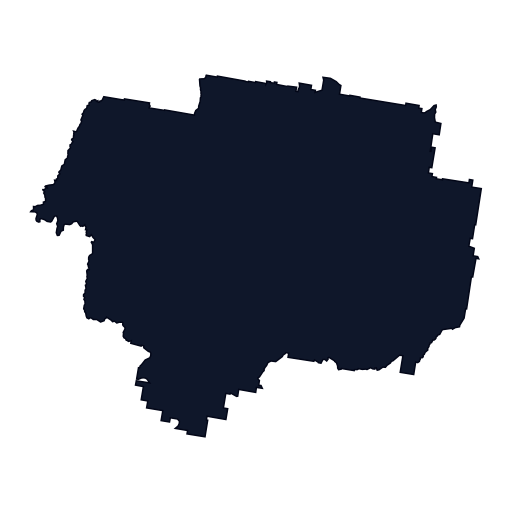 the district of Blayney, New South Wales, Australia
{"feature_id": "25037944B69063028114827", "entity_name": "Blayney", "entity_type": "district", "adm_level": 2, "iso_a3": "AUS", "parent_name": "Australia", "parent_adm1": "New South Wales", "projection": "robinson", "projection_center": [148.985, -33.617], "detail": "fine", "context": "isolated", "style": "filled", "palette": "ink", "viewbox_px": 512, "rotation_deg": 0, "n_neighbors": 0, "source": "geoboundaries", "source_scale": "gbopen_adm2", "svg_char_len": 5883}
<svg xmlns="http://www.w3.org/2000/svg" viewBox="0 0 512 512"><path d="M436.1,105.0L434.0,105.6L430.3,109.6L426.2,111.7L425.4,112.7L423.6,112.9L421.3,112.5L421.9,108.6L418.7,108.1L419.1,105.5L406.0,103.2L405.6,105.5L359.9,98.0L360.0,97.1L352.7,95.8L349.9,95.3L349.8,96.0L339.5,94.2L340.9,85.5L339.0,84.4L336.2,81.6L330.4,78.3L323.0,77.3L323.7,80.1L322.0,90.2L315.0,92.4L315.4,90.3L310.8,89.5L311.5,85.3L299.2,83.1L299.6,86.0L299.4,87.4L298.4,89.1L297.9,91.7L295.8,91.3L296.6,87.2L287.8,86.1L286.6,86.4L276.5,84.4L276.9,82.4L274.4,82.0L274.2,83.2L270.2,82.6L270.4,81.7L266.6,81.1L266.8,82.8L265.9,84.2L265.9,83.5L255.6,81.6L255.4,82.6L248.6,81.3L248.5,82.0L245.2,81.5L245.1,81.1L217.4,76.1L217.2,77.1L206.3,75.2L205.9,76.1L205.9,77.3L204.1,78.8L200.8,78.9L200.0,79.3L200.2,78.5L199.5,79.4L200.0,86.0L200.6,87.9L200.5,89.6L201.1,91.8L200.9,93.2L201.3,93.9L201.0,95.5L201.3,96.2L200.4,97.9L200.2,101.4L198.7,106.1L198.6,108.3L195.8,110.5L194.6,113.3L194.4,115.1L164.6,109.9L164.5,110.4L149.1,107.9L149.4,106.7L150.1,106.1L149.2,104.3L149.5,102.9L124.5,98.9L124.4,100.0L121.7,99.7L103.8,96.7L102.2,100.1L101.2,100.9L100.0,101.0L99.4,102.2L98.2,102.3L97.9,100.7L96.4,101.4L95.9,100.1L94.7,99.6L91.7,100.7L90.9,102.1L89.3,102.5L89.0,103.4L89.1,105.2L87.2,105.6L86.7,108.4L85.0,109.4L84.1,110.5L83.4,112.9L82.1,114.2L82.9,115.3L80.9,120.0L81.7,121.0L80.8,123.8L80.0,124.4L79.4,126.3L78.0,128.1L76.6,131.4L76.1,131.8L73.6,131.2L74.0,132.1L73.7,133.9L74.2,134.8L73.6,135.2L73.4,138.2L71.8,139.1L71.6,139.8L73.0,141.7L72.1,142.6L71.5,144.1L70.1,144.8L70.0,146.3L70.5,148.0L68.0,150.5L67.9,153.9L68.3,154.8L67.6,156.2L67.7,157.7L65.2,159.8L64.3,164.4L61.8,166.0L60.8,170.1L59.0,171.8L58.9,172.5L59.9,173.9L57.8,175.8L57.8,178.3L56.3,179.2L56.5,180.5L54.6,180.2L55.1,182.4L53.6,184.6L49.2,185.1L45.5,186.0L45.1,186.6L47.0,187.0L47.4,188.1L45.7,188.1L44.5,189.6L42.9,189.6L43.1,190.3L44.8,191.9L43.7,193.0L44.8,194.9L45.0,197.3L45.6,198.3L45.5,201.5L43.4,202.1L43.5,204.3L40.1,205.3L37.6,205.4L35.2,206.7L33.5,206.5L33.6,208.6L32.9,210.4L31.5,210.6L30.7,211.7L35.2,211.9L36.8,212.9L37.3,214.5L36.0,218.5L36.1,220.1L36.9,221.3L38.8,222.1L39.9,221.7L39.8,219.3L41.3,218.6L44.6,219.7L47.1,221.4L50.6,222.0L51.6,221.3L54.2,216.6L55.3,215.9L56.7,216.1L57.5,218.1L57.9,220.6L56.7,223.7L57.7,226.4L57.0,228.4L56.3,232.7L57.3,235.4L57.9,235.5L59.2,235.2L61.0,231.2L63.3,230.2L63.4,227.3L64.0,224.9L65.2,224.1L69.7,224.6L71.6,223.8L73.3,221.8L76.7,221.2L77.4,221.6L79.8,225.4L80.8,226.3L82.3,225.7L82.7,226.3L83.1,226.2L84.8,224.7L85.4,226.4L86.1,227.0L85.5,229.7L86.9,229.9L86.2,232.5L86.6,233.7L86.1,234.8L86.3,235.5L89.6,236.6L91.4,234.7L93.0,237.4L95.2,239.7L93.6,242.4L91.8,241.6L91.3,242.2L92.6,244.7L92.6,253.1L92.1,254.0L89.6,255.5L88.7,257.2L88.6,259.4L89.1,261.0L87.6,264.1L87.9,265.0L88.7,265.2L88.3,266.3L89.3,269.6L89.1,269.9L87.6,269.5L86.7,270.9L87.2,275.1L86.9,276.9L87.4,278.2L85.8,281.3L86.5,283.9L86.3,284.6L85.4,285.2L86.1,288.5L85.1,290.2L85.1,293.0L83.6,294.5L83.5,296.2L84.7,297.5L83.9,299.3L84.9,300.9L85.1,304.3L84.3,305.2L83.7,308.8L84.7,310.4L84.7,311.7L85.7,313.0L86.2,315.9L86.9,317.8L88.8,318.8L89.9,317.9L91.2,317.9L93.3,319.5L96.8,319.5L100.6,322.0L104.1,320.7L104.8,318.7L105.9,318.3L106.5,317.1L111.1,320.1L112.6,321.7L114.5,321.1L116.8,323.0L119.3,322.2L122.6,322.3L122.9,322.9L122.7,324.6L123.1,325.6L124.9,327.4L125.0,329.0L123.2,332.4L123.5,333.4L123.2,336.2L124.1,337.9L125.5,338.5L126.3,340.3L127.4,340.4L128.3,341.4L131.3,340.7L130.8,343.3L141.1,346.1L141.3,345.2L143.8,345.9L143.8,347.8L148.5,351.5L149.7,351.6L150.9,353.3L150.7,355.8L149.8,357.8L145.2,360.0L141.3,365.0L140.3,365.7L139.5,367.9L138.5,367.7L136.6,379.1L138.4,379.3L141.4,378.0L143.5,377.8L145.5,378.1L147.2,379.3L149.7,382.9L136.3,380.8L135.5,385.1L143.4,386.6L141.2,399.8L147.8,401.0L146.6,407.9L162.8,410.6L161.1,420.6L169.5,422.0L170.3,417.8L177.5,419.0L179.4,421.2L179.3,423.4L178.1,426.0L175.3,428.4L187.6,430.5L187.0,433.9L205.0,436.8L207.7,420.2L206.4,420.0L207.0,416.2L225.9,419.5L227.7,408.7L223.4,408.0L225.8,393.4L230.0,394.1L230.2,393.2L231.5,393.5L236.6,396.4L237.7,396.2L238.7,389.4L255.7,392.4L256.4,387.4L262.3,388.3L261.0,385.5L258.7,385.2L259.4,380.5L258.0,379.1L258.1,377.6L259.4,377.0L262.8,371.8L264.1,370.6L264.0,369.5L264.4,368.9L264.1,368.6L266.6,365.5L267.9,362.6L271.0,361.0L275.7,361.6L282.3,356.6L283.1,355.0L285.1,353.7L285.8,352.6L288.7,353.2L288.0,357.3L313.9,361.3L314.5,359.9L318.2,362.2L318.4,362.7L321.0,363.2L322.9,359.5L324.8,359.4L326.7,361.0L328.1,359.1L327.8,358.0L328.9,357.3L334.7,360.9L334.7,361.4L336.4,362.7L337.6,365.9L337.7,368.1L338.6,369.7L341.3,369.1L341.4,368.5L354.2,370.6L354.4,369.6L357.2,369.6L358.2,369.1L358.3,368.6L362.4,369.4L365.6,369.1L367.0,369.5L370.6,367.7L372.8,368.9L374.5,369.1L375.0,369.0L375.1,367.9L376.3,367.8L377.2,370.2L379.0,369.8L382.8,367.1L385.4,367.3L387.0,365.3L390.4,363.0L391.4,361.3L392.9,360.8L399.5,355.2L402.9,355.7L400.2,372.3L413.7,374.5L415.7,362.0L417.7,362.6L419.4,361.4L419.7,360.0L420.2,359.4L420.4,357.9L422.5,357.6L423.2,356.7L423.1,355.2L424.3,354.3L425.1,352.3L427.8,350.0L427.6,348.5L428.9,346.6L429.1,345.1L429.8,344.3L430.1,343.0L431.5,342.7L433.0,339.8L433.9,340.1L435.1,339.3L435.9,338.3L436.1,337.0L437.4,335.9L438.0,334.9L439.7,334.4L441.9,330.3L442.7,329.6L451.7,328.3L452.5,329.2L455.3,327.6L459.5,326.8L459.8,325.1L464.1,318.1L465.6,308.7L466.6,308.9L471.4,276.8L472.7,277.0L476.0,258.4L478.7,258.8L477.7,256.6L473.1,255.8L474.3,248.3L468.8,246.2L470.2,238.3L472.5,238.7L474.7,224.6L475.7,224.8L481.3,188.6L471.7,187.1L472.8,180.1L469.4,179.5L468.9,182.9L442.5,178.8L442.4,179.8L436.2,178.8L436.5,177.4L431.9,176.6L432.4,173.6L428.4,173.0L429.2,167.3L431.8,167.7L435.1,147.8L431.7,147.2L431.1,151.4L430.2,151.4L432.8,133.7L439.2,134.8L440.9,123.5L435.3,122.1L434.5,117.8L434.6,114.1L435.8,112.1L435.2,109.6L436.3,106.9L436.1,105.0Z" fill="#0f172a" stroke="#020617" stroke-width="1.5"/></svg>